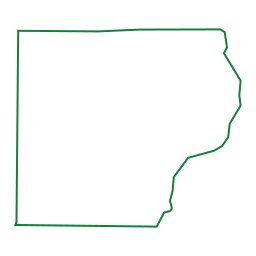 outline of Lawrence, Illinois, United States of America
{"feature_id": "52423323B54167037237770", "entity_name": "Lawrence", "entity_type": "district", "adm_level": 2, "iso_a3": "USA", "parent_name": "United States of America", "parent_adm1": "Illinois", "projection": "albers", "projection_center": [-87.62, 38.71], "detail": "fine", "context": "isolated", "style": "outline", "palette": "green", "viewbox_px": 256, "rotation_deg": 0, "n_neighbors": 0, "source": "geoboundaries", "source_scale": "gbopen_adm2", "svg_char_len": 471}
<svg xmlns="http://www.w3.org/2000/svg" viewBox="0 0 256 256"><path d="M18.2,30.8L16.5,221.7L15.4,225.0L156.7,226.6L164.2,212.5L168.8,211.5L170.3,210.7L171.7,208.7L171.6,206.6L169.9,200.8L172.5,191.4L173.8,177.1L188.1,157.8L214.1,150.7L219.6,147.5L221.9,146.2L228.2,137.1L229.7,123.8L236.8,111.9L240.6,105.5L239.3,95.1L239.6,91.8L240.6,80.6L223.9,53.2L227.0,47.4L224.7,32.0L220.1,29.4L139.2,29.6L98.4,31.4L18.2,30.8Z" fill="none" stroke="#15803d" stroke-width="2"/></svg>